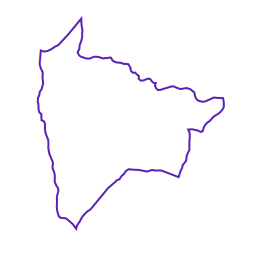 outline of Pitangueiras, São Paulo, Brazil, rotated 185°
{"feature_id": "56859067B99989140869249", "entity_name": "Pitangueiras", "entity_type": "district", "adm_level": 2, "iso_a3": "BRA", "parent_name": "Brazil", "parent_adm1": "São Paulo", "projection": "equal_earth", "projection_center": [-48.264, -21.003], "detail": "fine", "context": "isolated", "style": "outline", "palette": "violet", "viewbox_px": 256, "rotation_deg": 185, "n_neighbors": 0, "source": "geoboundaries", "source_scale": "gbopen_adm2", "svg_char_len": 2376}
<svg xmlns="http://www.w3.org/2000/svg" viewBox="0 0 256 256"><g transform="rotate(185 128 128)"><path d="M34.4,157.1L34.6,159.8L35.0,162.8L35.9,166.0L38.7,166.0L40.7,165.8L45.4,165.8L48.5,163.8L50.2,163.0L53.4,161.2L56.2,160.6L58.3,161.0L60.8,161.5L62.8,163.3L64.1,165.9L65.1,169.3L69.2,172.0L72.8,172.9L75.4,172.4L77.7,171.6L79.7,171.5L81.9,172.0L83.8,172.6L86.0,173.5L89.4,172.8L92.6,171.4L96.4,170.0L99.0,168.8L101.5,168.4L103.6,170.2L104.8,172.5L104.3,175.2L106.2,175.0L108.3,176.6L110.0,178.6L112.2,179.0L114.9,177.7L117.1,176.6L119.6,176.4L121.7,178.0L121.7,180.8L123.7,182.0L125.8,183.9L127.9,183.4L130.0,185.1L130.9,188.4L133.2,191.6L135.7,191.7L137.7,191.4L140.1,192.2L142.9,192.3L145.2,192.3L147.4,192.9L149.2,193.8L151.0,196.5L152.8,196.6L154.6,195.8L156.6,195.8L158.4,195.1L160.7,195.6L163.9,196.2L167.0,196.2L169.3,195.4L172.1,193.9L175.5,193.6L178.5,194.3L181.4,195.0L183.4,196.5L184.8,199.1L183.4,202.2L183.3,206.7L182.0,211.2L181.6,215.0L181.9,218.1L181.9,221.4L183.4,227.1L184.1,232.9L195.7,216.0L204.7,204.4L207.6,202.8L209.5,201.3L211.7,199.5L214.5,197.9L217.6,196.9L219.6,197.0L221.6,197.6L221.6,183.9L220.1,179.9L218.6,177.4L217.6,175.3L217.7,171.8L217.1,168.4L216.4,165.2L217.4,159.3L219.0,156.5L219.3,152.8L220.2,150.3L220.3,146.8L219.5,144.4L219.1,142.1L218.7,138.6L217.5,135.6L215.6,134.4L215.2,131.2L214.8,128.2L212.4,127.4L211.1,125.0L210.6,119.2L209.6,115.6L206.5,109.2L206.0,106.8L205.6,100.7L204.0,95.2L202.3,92.0L199.7,86.9L199.8,83.2L199.4,80.6L197.8,77.8L196.9,75.1L196.6,72.6L196.4,68.1L194.5,64.6L192.4,61.9L191.8,59.5L192.9,53.3L192.4,49.4L192.2,45.6L192.0,42.2L190.7,37.4L189.1,33.8L187.1,32.6L181.9,32.6L179.6,31.0L174.6,27.4L170.9,23.1L170.5,25.8L169.0,28.8L167.8,31.0L166.9,33.2L165.8,35.5L164.2,37.8L162.7,39.6L161.2,41.5L159.5,42.5L158.0,44.0L147.8,58.8L145.7,61.9L142.8,66.1L139.8,69.3L136.5,72.6L134.5,75.1L132.1,76.1L130.2,79.7L128.0,81.8L126.3,85.0L123.8,87.0L120.8,86.9L117.5,87.0L113.9,87.2L105.3,86.3L100.4,88.3L97.4,88.0L91.3,88.6L73.3,83.5L72.6,86.6L71.7,90.3L70.5,93.2L70.4,95.7L68.9,97.8L67.2,100.7L67.1,105.5L66.2,108.3L64.9,111.5L65.2,114.4L65.7,120.1L65.6,124.2L66.3,128.8L67.9,131.7L65.2,132.2L63.0,132.3L60.7,131.7L58.9,131.8L55.3,130.5L53.5,131.1L52.5,135.1L51.4,137.9L49.7,140.0L47.2,142.1L45.6,144.2L43.9,146.6L41.8,148.2L38.2,151.0L35.7,154.2L34.4,157.1Z" fill="none" stroke="#5b21b6" stroke-width="2"/></g></svg>